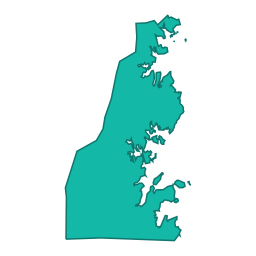 the district of Kota Bontang, Kalimantan Timur, Indonesia
{"feature_id": "22746128B2679722836886", "entity_name": "Kota Bontang", "entity_type": "district", "adm_level": 2, "iso_a3": "IDN", "parent_name": "Indonesia", "parent_adm1": "Kalimantan Timur", "projection": "equal_earth", "projection_center": [117.495, 0.112], "detail": "fine", "context": "isolated", "style": "filled", "palette": "teal", "viewbox_px": 256, "rotation_deg": 0, "n_neighbors": 0, "source": "geoboundaries", "source_scale": "gbopen_adm2", "svg_char_len": 5930}
<svg xmlns="http://www.w3.org/2000/svg" viewBox="0 0 256 256"><path d="M174.4,240.6L178.9,234.6L179.9,235.6L179.3,233.2L180.9,230.1L178.7,228.4L178.2,226.7L177.0,227.2L175.4,226.4L174.8,223.1L175.4,220.5L176.9,219.5L176.9,216.7L168.4,220.1L167.8,221.2L166.7,220.0L167.2,215.9L165.3,215.5L160.5,226.9L160.1,226.5L159.4,227.1L159.4,226.0L159.0,227.6L155.9,225.5L156.4,224.0L155.5,222.2L155.9,220.7L156.5,220.7L157.2,217.5L156.7,217.1L155.1,217.9L154.6,215.7L155.7,215.4L156.0,214.5L154.9,213.6L155.1,212.5L154.3,211.7L154.8,211.4L154.2,211.1L155.6,210.5L159.4,211.0L158.9,209.2L159.8,207.4L160.3,203.3L161.1,202.4L163.1,201.9L164.4,199.9L169.2,200.7L171.1,202.0L173.9,200.3L174.9,198.4L174.3,196.4L174.9,191.3L172.3,185.3L167.8,186.5L163.3,189.7L156.2,189.9L154.2,193.3L153.1,191.4L154.2,188.8L153.8,187.1L152.8,185.8L150.8,186.6L150.3,188.4L150.6,190.4L147.2,193.8L145.8,201.8L144.5,203.7L141.2,206.6L138.8,204.9L137.4,205.9L135.6,206.0L136.3,204.5L137.7,204.4L139.9,202.8L140.3,199.7L142.0,195.4L141.5,191.2L140.2,190.8L142.3,187.2L143.8,186.7L144.0,185.6L142.1,183.3L139.7,183.1L137.7,184.4L134.6,184.7L133.9,186.3L134.1,183.8L134.6,183.0L137.1,182.4L139.2,180.4L140.7,176.7L144.9,175.3L145.8,175.9L144.7,173.7L145.0,170.4L145.7,169.0L144.5,167.4L141.3,168.3L141.2,165.8L142.7,163.9L142.6,161.3L143.5,160.5L144.2,162.0L142.0,155.0L141.2,154.2L141.0,156.2L137.2,156.7L135.6,160.0L134.8,156.6L133.2,155.0L132.3,157.2L133.5,161.7L132.2,160.5L130.9,160.8L130.7,159.8L132.0,158.5L131.1,157.7L131.2,156.3L129.9,156.6L129.7,156.0L130.5,153.8L130.0,153.2L128.0,154.1L128.1,152.0L130.9,151.6L133.5,153.1L134.1,152.2L133.9,150.5L132.4,146.9L132.3,145.1L131.1,143.5L128.7,144.4L127.3,142.5L125.9,141.9L127.1,139.8L130.0,141.0L131.3,138.4L131.7,141.1L133.6,144.5L133.6,147.4L135.7,148.8L136.9,150.8L139.1,151.3L136.6,147.5L136.5,145.2L138.4,144.6L139.1,148.1L140.1,149.1L141.0,148.7L141.0,146.8L141.9,148.1L142.4,147.6L142.7,154.4L145.5,163.6L149.8,162.7L149.6,161.2L150.5,159.7L152.7,161.5L152.5,160.5L153.9,158.6L155.8,157.9L155.9,153.7L155.3,153.8L155.3,156.9L151.4,159.6L148.7,156.5L149.0,155.6L150.9,155.0L150.6,154.0L151.7,152.3L150.5,150.9L148.8,152.1L147.6,150.8L145.3,152.6L143.1,150.0L144.5,148.2L146.6,141.3L144.4,137.7L145.0,136.9L148.8,140.0L152.8,139.4L153.3,141.6L157.9,143.5L158.0,139.4L159.0,139.0L160.5,140.4L160.7,142.8L162.0,144.2L163.8,144.2L163.9,142.0L164.9,140.5L162.5,139.0L161.6,137.2L159.6,135.8L158.8,136.9L159.0,138.6L157.0,139.2L156.3,136.5L157.3,135.4L152.5,137.3L151.9,137.9L152.6,138.9L149.0,139.7L148.5,139.0L149.5,138.2L149.3,136.0L145.9,132.3L145.5,130.1L149.5,130.4L150.0,133.0L151.0,133.9L152.4,133.2L152.7,131.5L155.2,132.0L155.3,130.8L154.0,130.2L152.2,127.7L151.4,129.1L150.5,128.0L150.0,123.6L150.7,121.6L151.6,121.5L151.4,124.0L153.9,127.0L154.9,126.0L156.1,123.1L156.7,123.1L156.9,125.5L157.2,124.1L158.5,128.9L159.2,128.2L158.4,126.6L159.4,126.1L160.4,127.6L159.5,129.9L163.9,130.1L164.2,128.9L165.4,129.1L166.4,128.2L166.6,129.1L167.2,129.1L168.1,127.3L169.4,130.2L170.2,129.9L169.0,132.0L169.8,133.6L172.7,130.7L174.4,126.6L174.7,124.5L176.5,122.6L176.6,120.7L178.8,118.8L180.4,114.9L183.3,112.5L183.8,111.3L183.2,109.8L183.3,107.5L182.3,105.6L180.2,103.8L179.7,102.0L180.2,101.7L180.1,99.8L177.9,98.0L178.6,97.0L178.4,98.1L179.1,97.5L179.8,98.0L181.2,92.4L179.8,91.9L178.7,93.0L178.3,92.0L176.8,92.6L175.7,91.7L174.8,92.0L175.5,89.7L171.2,85.1L170.8,85.3L171.5,84.1L173.1,83.4L173.8,81.1L170.8,75.7L170.7,71.6L170.1,71.6L170.2,72.8L169.4,72.4L166.9,75.4L163.5,77.2L162.2,79.8L162.4,81.4L161.2,81.1L159.4,84.8L161.4,85.8L161.4,86.5L159.3,87.6L158.2,86.9L157.5,85.2L158.1,84.9L159.1,85.9L158.5,83.5L160.1,78.4L160.8,73.8L160.4,72.1L156.8,72.5L156.1,73.3L156.2,79.6L154.9,84.7L153.8,86.1L152.8,84.1L154.4,78.4L153.9,72.7L153.1,70.5L151.5,71.1L149.6,75.2L146.6,76.8L145.0,75.9L143.7,77.8L142.7,77.8L141.1,76.7L142.4,75.6L142.6,73.3L143.9,72.1L145.1,72.7L146.3,71.2L146.7,69.1L146.0,69.1L145.5,67.8L143.8,67.9L141.0,65.9L139.0,66.9L138.0,65.7L138.4,64.7L140.1,64.9L141.2,64.0L141.7,64.7L143.3,64.8L144.6,62.7L145.7,64.7L148.6,63.2L149.2,66.3L147.4,68.0L148.3,69.7L150.4,67.8L149.8,66.5L152.4,64.2L152.4,62.0L155.2,62.1L155.8,57.8L151.2,55.3L151.2,54.6L151.8,54.6L151.8,51.2L151.3,51.2L151.3,49.4L149.9,46.6L150.7,46.3L152.0,49.1L155.0,52.3L155.4,51.4L155.0,49.1L153.8,48.2L154.4,46.9L155.9,47.8L155.8,49.3L156.7,52.1L158.2,54.1L164.2,53.8L167.8,51.9L167.0,47.6L164.8,47.1L163.0,48.2L161.7,47.0L161.1,44.8L161.4,44.4L158.3,46.3L156.7,40.0L156.9,39.5L156.1,38.6L156.3,36.2L155.7,36.2L155.3,34.7L158.0,36.3L161.2,35.8L162.9,37.1L163.4,38.5L164.9,38.4L165.2,36.2L164.2,35.2L163.8,31.6L159.6,27.5L162.7,28.0L164.0,23.3L164.6,25.1L164.0,28.2L166.0,28.3L166.8,29.9L171.0,32.5L173.3,31.8L173.7,30.6L173.1,30.1L173.2,28.6L176.4,25.2L180.3,24.6L178.7,19.2L177.0,20.0L171.1,17.1L168.4,17.8L168.2,15.9L167.6,15.4L157.7,24.9L154.2,20.6L146.2,22.9L136.0,23.4L136.8,37.2L135.6,52.0L119.7,61.4L116.4,73.5L111.3,98.8L105.0,116.9L103.0,129.0L96.4,140.5L77.0,151.3L65.4,187.8L66.4,197.1L66.0,238.4L66.5,239.1L100.6,237.9L174.4,240.6ZM184.3,182.9L178.4,180.3L176.9,180.4L175.1,182.1L174.6,183.7L179.4,187.7L182.9,187.6L185.0,186.3L184.3,182.9ZM156.0,184.6L160.5,179.2L161.2,175.4L163.0,174.1L163.0,173.2L162.2,172.7L157.7,177.0L154.4,179.0L153.2,182.8L153.5,184.2L156.0,184.6ZM178.3,200.4L177.7,199.0L176.5,198.6L174.0,200.6L174.5,202.1L175.9,202.6L177.8,201.7L178.3,200.4ZM175.2,33.4L174.7,32.4L173.5,34.3L174.1,34.5L175.2,33.4ZM172.5,34.9L171.7,34.7L171.3,36.1L172.1,36.4L172.5,34.9ZM189.0,182.7L189.1,181.6L188.2,181.7L188.2,182.6L189.0,182.7ZM185.7,40.9L186.1,39.9L185.7,39.2L185.1,39.8L185.7,40.9ZM190.6,185.3L189.6,183.6L189.2,182.6L189.5,184.3L190.6,185.3ZM170.7,36.9L171.0,36.6L170.9,35.4L170.4,35.8L170.7,36.9ZM177.1,32.6L177.7,32.1L177.3,31.9L177.1,32.6ZM173.2,185.2L173.6,184.7L173.3,184.4L173.2,185.2ZM174.3,41.3L174.4,40.8L174.1,41.2L174.3,41.3Z" fill="#14b8a6" stroke="#0f766e" stroke-width="1.5"/></svg>